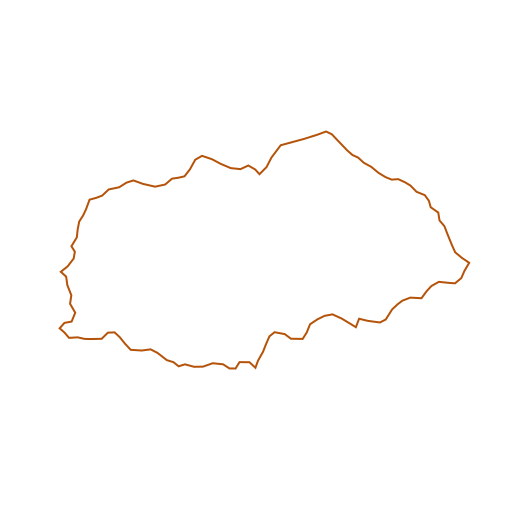 the district of Luiziânia, São Paulo, Brazil, rotated 348°
{"feature_id": "56859067B86388687995531", "entity_name": "Luiziânia", "entity_type": "district", "adm_level": 2, "iso_a3": "BRA", "parent_name": "Brazil", "parent_adm1": "São Paulo", "projection": "orthographic", "projection_center": [-50.352, -21.674], "detail": "fine", "context": "isolated", "style": "outline", "palette": "amber", "viewbox_px": 512, "rotation_deg": 348, "n_neighbors": 0, "source": "geoboundaries", "source_scale": "gbopen_adm2", "svg_char_len": 1725}
<svg xmlns="http://www.w3.org/2000/svg" viewBox="0 0 512 512"><g transform="rotate(348 256 256)"><path d="M350.4,148.8L341.4,150.1L326.7,151.5L303.2,152.8L291.6,162.9L284.8,171.2L276.4,176.7L273.2,171.2L267.3,165.9L258.9,167.8L249.6,164.8L240.6,158.5L233.1,152.2L224.0,146.8L216.6,149.2L209.4,157.5L202.6,163.2L196.7,163.3L189.9,162.9L182.0,167.2L171.7,167.2L160.5,162.0L151.8,156.6L144.6,157.3L136.5,160.3L125.7,160.3L118.2,164.9L111.9,165.9L104.9,166.3L99.5,174.9L95.4,180.3L90.2,185.6L87.2,192.7L84.6,200.5L77.5,208.1L79.7,214.2L77.1,220.6L69.7,226.9L61.8,230.9L66.0,236.7L65.4,245.3L67.2,256.0L64.2,264.1L67.4,273.9L62.0,281.8L54.7,281.6L48.9,285.9L52.7,291.0L56.1,297.2L64.7,298.5L71.2,301.5L77.8,303.0L87.8,304.9L95.2,300.2L101.8,301.3L105.8,307.0L109.5,314.3L113.9,321.7L124.6,324.7L133.5,325.4L139.5,330.3L147.1,339.3L153.2,342.7L157.4,347.8L164.0,347.2L172.4,351.5L181.1,353.2L191.4,351.9L201.3,355.1L206.7,360.5L212.6,361.8L217.8,356.4L227.5,358.5L232.2,365.2L236.2,358.8L243.0,351.1L247.2,344.7L252.4,337.4L258.3,334.4L267.9,338.4L273.0,344.2L284.4,346.8L289.7,341.4L294.7,334.0L303.0,330.7L310.6,328.8L318.7,329.0L326.8,335.0L333.2,341.0L338.9,346.4L343.8,338.8L351.9,342.7L363.4,346.8L369.7,345.1L378.1,336.5L384.4,332.7L390.0,330.1L398.3,328.8L409.1,331.7L415.8,325.7L421.4,321.8L429.5,319.3L439.1,322.4L445.0,324.1L452.2,320.3L456.8,313.9L463.1,307.0L456.8,300.4L451.6,293.8L450.0,286.5L447.9,274.8L446.5,266.0L442.9,259.4L443.3,251.4L437.0,244.6L436.6,238.0L433.8,231.6L426.4,226.6L421.7,219.2L417.1,214.9L411.1,210.4L404.6,209.5L399.0,205.7L393.1,200.1L387.3,192.8L380.7,187.1L376.3,180.9L371.4,177.3L367.2,171.7L360.7,161.2L355.4,152.6L350.4,148.8Z" fill="none" stroke="#b45309" stroke-width="2"/></g></svg>